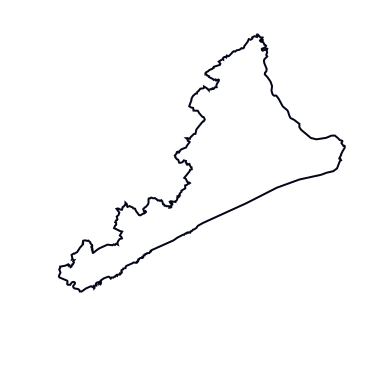 the district of Lázaro Cárdenas, Michoacán, Mexico, rotated 318°
{"feature_id": "50627088B38874433306118", "entity_name": "Lázaro Cárdenas", "entity_type": "district", "adm_level": 2, "iso_a3": "MEX", "parent_name": "Mexico", "parent_adm1": "Michoacán", "projection": "orthographic", "projection_center": [-102.462, 18.083], "detail": "fine", "context": "isolated", "style": "outline", "palette": "ink", "viewbox_px": 384, "rotation_deg": 318, "n_neighbors": 0, "source": "geoboundaries", "source_scale": "gbopen_adm2", "svg_char_len": 6037}
<svg xmlns="http://www.w3.org/2000/svg" viewBox="0 0 384 384"><g transform="rotate(318 192 192)"><path d="M338.6,141.6L338.9,139.8L341.2,138.6L342.0,137.0L343.8,135.9L343.5,135.4L341.9,135.4L339.1,134.3L339.0,133.1L339.8,132.3L342.8,133.5L344.8,133.0L344.9,131.9L344.3,131.2L345.1,128.8L344.9,127.9L343.7,126.2L343.8,125.0L344.5,124.8L344.8,126.2L345.7,127.0L346.5,126.1L346.2,125.3L346.4,124.7L347.7,124.4L346.3,122.8L346.3,119.1L345.8,118.5L345.3,118.6L344.7,120.2L344.1,120.4L342.7,118.0L340.1,117.4L339.5,118.4L337.5,118.1L336.5,116.4L333.8,117.6L328.3,118.7L327.3,119.5L325.8,119.3L325.0,118.2L323.7,118.3L322.2,117.9L320.0,116.6L318.0,116.5L317.3,115.4L316.5,115.2L310.8,115.7L309.7,115.3L309.2,114.0L307.5,114.9L307.3,113.9L306.5,113.4L305.1,113.1L303.9,114.4L303.8,113.8L299.1,113.0L298.9,115.7L297.7,116.2L292.0,113.5L291.2,114.3L290.6,113.9L289.6,114.1L286.7,113.0L284.5,113.0L283.0,112.5L281.4,112.7L280.6,113.7L281.4,114.3L281.2,115.7L282.1,117.3L281.6,118.0L283.2,122.3L283.1,123.2L284.8,124.1L284.5,125.4L285.8,125.6L286.9,126.2L287.0,126.8L285.6,127.6L282.9,128.3L280.8,129.6L280.4,130.6L278.6,129.4L277.1,129.9L276.3,129.3L276.4,128.6L274.8,128.5L274.6,128.0L273.3,127.5L272.8,126.6L272.5,127.1L272.4,124.5L271.5,121.7L270.8,122.6L269.6,122.4L267.3,120.8L264.3,121.3L263.1,121.1L261.6,122.1L260.6,121.3L256.8,121.3L253.7,122.5L253.2,123.3L247.3,126.4L247.9,128.6L249.1,130.3L247.6,132.5L250.7,135.5L250.1,138.4L250.0,143.0L250.8,144.4L249.9,146.8L247.8,147.3L247.4,146.9L245.2,147.1L237.0,148.5L233.5,151.1L232.2,150.1L227.2,150.4L226.0,151.1L224.5,148.7L223.7,148.1L224.0,149.7L223.1,151.2L223.7,152.1L223.7,153.3L218.8,154.3L217.6,155.0L212.8,153.2L211.0,153.2L208.7,154.0L208.2,153.5L208.7,152.8L207.4,152.2L206.1,153.1L203.6,153.4L203.5,154.4L202.7,155.1L202.9,156.5L202.6,157.3L203.3,158.8L202.1,161.7L203.2,162.7L204.9,163.5L207.0,163.0L208.3,164.9L207.1,165.8L207.2,166.9L206.5,168.1L206.7,168.5L207.7,168.4L208.0,169.5L208.8,169.6L208.1,171.3L207.8,172.8L208.2,173.3L207.0,175.0L205.4,174.2L204.1,175.0L195.7,176.3L196.2,178.0L195.2,181.6L196.2,183.0L196.4,184.0L195.8,184.0L194.8,183.3L192.8,183.3L191.3,182.5L189.4,184.8L185.1,183.9L184.4,184.8L182.9,184.8L181.1,185.3L181.0,186.0L180.5,185.8L180.0,186.4L179.0,185.8L179.1,186.7L177.7,186.2L177.7,186.8L176.8,186.8L176.2,187.5L174.8,188.0L173.5,187.8L173.0,188.3L170.0,184.6L168.9,184.4L168.5,186.2L169.7,186.8L169.7,187.2L169.1,187.5L168.9,188.2L166.2,188.3L166.4,189.3L165.8,189.3L164.7,188.5L165.3,188.1L165.4,187.2L163.4,185.4L163.4,184.7L162.4,183.9L162.9,182.4L162.3,181.7L163.7,179.0L163.7,177.5L162.3,177.3L161.9,176.0L160.8,175.3L160.9,173.5L160.4,172.6L160.4,171.7L158.9,170.7L158.0,168.9L156.5,168.7L156.0,168.0L155.0,168.1L152.6,170.8L151.2,171.7L148.2,172.2L146.5,171.9L144.3,172.1L143.3,174.4L143.8,175.1L144.6,175.0L144.7,175.7L144.4,176.1L142.2,176.0L141.2,175.4L138.0,174.8L137.2,173.6L137.7,168.5L138.5,166.3L137.4,164.9L137.6,164.0L136.2,160.7L134.1,159.9L134.4,158.3L135.0,158.2L135.5,157.2L135.4,155.4L134.4,156.5L131.5,157.1L130.4,156.8L128.2,158.3L127.1,157.3L126.1,154.8L124.7,154.0L124.2,158.7L121.9,160.0L119.6,159.9L118.3,162.4L117.4,162.7L116.7,162.3L114.7,163.1L115.0,164.1L113.7,165.6L112.2,165.6L109.9,166.7L112.4,172.9L113.6,174.7L109.3,176.0L109.4,178.5L108.9,179.6L106.8,178.6L104.5,179.0L102.4,179.9L101.7,181.4L101.2,179.9L100.6,179.6L99.3,179.9L98.6,178.4L97.3,178.4L94.0,174.6L85.9,172.0L83.3,171.5L78.0,171.2L77.6,170.8L78.0,170.2L78.3,170.3L78.5,169.0L79.0,169.0L79.6,168.1L79.4,167.8L80.0,167.6L80.1,166.0L80.6,165.4L81.2,165.9L82.3,164.7L82.1,162.2L82.8,161.3L82.4,158.7L81.6,158.4L80.2,156.4L78.5,155.4L76.6,156.9L76.9,157.1L76.2,157.9L71.6,158.4L66.5,159.8L63.2,159.1L62.8,158.5L60.4,158.2L58.7,161.3L57.8,161.8L58.5,162.0L58.1,163.7L58.5,163.9L57.2,164.2L57.1,165.3L55.1,166.1L54.6,165.7L52.5,166.8L51.4,166.6L52.0,164.5L51.8,163.6L51.1,163.8L51.5,162.9L48.6,162.0L44.0,159.2L43.2,160.3L41.6,160.6L40.4,163.8L36.8,165.4L36.3,166.8L39.9,174.4L39.7,175.1L37.7,176.8L37.6,177.7L39.4,179.5L42.1,178.8L43.5,179.3L44.3,180.3L44.3,181.1L43.6,181.8L41.0,182.3L40.3,182.8L40.0,183.7L40.2,185.1L42.4,187.9L42.7,189.4L42.0,190.8L43.4,192.1L48.6,192.7L53.6,194.3L54.4,195.2L54.1,196.2L54.5,195.8L54.7,196.6L54.9,196.1L55.3,196.3L55.0,197.1L55.4,196.8L55.2,197.9L55.5,198.0L55.9,197.1L57.0,196.6L58.3,197.6L59.0,197.2L58.4,196.6L59.5,195.7L61.1,195.8L62.3,196.5L61.6,197.8L62.5,197.5L62.7,197.8L62.2,198.6L62.3,199.3L63.5,198.8L63.8,197.9L64.2,197.8L64.1,196.9L64.9,196.7L68.8,197.2L73.1,198.9L73.7,199.6L73.7,202.0L75.0,201.7L76.3,203.0L77.7,203.0L78.3,203.5L79.0,203.1L79.9,203.3L80.2,204.0L80.8,203.3L83.2,205.1L84.0,204.3L84.8,205.1L85.9,204.9L86.1,204.1L86.7,203.9L86.7,203.4L87.5,202.9L89.0,203.4L89.7,202.9L91.7,204.1L92.8,203.1L93.8,203.0L99.4,204.9L101.4,205.3L103.2,207.3L104.4,206.8L104.8,207.0L104.7,207.6L105.6,207.4L106.9,206.2L107.4,206.7L108.3,206.3L109.5,206.5L110.9,207.7L111.5,207.1L112.1,207.8L113.5,206.7L114.5,207.4L115.0,206.8L116.2,207.0L116.8,207.6L117.6,207.4L119.6,208.8L120.7,208.4L121.7,208.7L121.9,208.1L122.8,208.1L146.0,215.6L150.5,216.1L156.9,217.8L157.4,218.5L158.4,218.3L159.6,218.5L160.1,219.1L160.5,218.8L161.5,219.0L161.8,219.8L162.9,219.9L163.5,221.0L164.8,220.4L165.6,220.9L167.7,220.7L168.4,221.2L171.4,221.7L172.4,221.2L174.0,221.1L179.6,222.4L224.6,236.6L258.0,245.6L280.2,254.6L299.5,265.6L304.8,267.7L311.0,271.1L315.6,271.5L321.9,268.3L323.4,267.8L324.0,268.1L324.5,266.4L323.8,265.9L324.0,265.5L327.6,264.3L327.7,263.9L331.4,262.4L334.9,261.4L336.2,260.2L336.2,259.6L335.4,259.1L335.8,255.6L337.5,255.1L337.9,254.5L336.6,252.2L336.5,249.4L335.9,245.6L333.3,243.4L327.9,241.5L319.7,236.1L316.5,231.4L314.7,218.7L315.2,215.6L317.4,213.3L316.1,206.4L314.7,203.0L315.3,200.7L317.3,196.2L317.5,194.8L316.7,189.1L318.8,180.6L319.1,176.9L318.9,176.4L317.5,175.5L317.2,174.1L317.4,172.9L318.9,169.9L322.4,166.8L324.2,162.5L324.9,157.4L324.8,153.3L326.1,152.2L327.9,152.1L329.8,150.6L332.1,144.3L333.5,142.4L334.7,141.8L338.6,141.6Z" fill="none" stroke="#020617" stroke-width="2"/></g></svg>